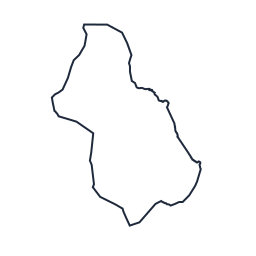 Jinst, Bayanhongor, Mongolia, rotated 107°
{"feature_id": "93677404B67702711432193", "entity_name": "Jinst", "entity_type": "district", "adm_level": 2, "iso_a3": "MNG", "parent_name": "Mongolia", "parent_adm1": "Bayanhongor", "projection": "orthographic", "projection_center": [100.256, 45.421], "detail": "fine", "context": "isolated", "style": "outline", "palette": "slate", "viewbox_px": 256, "rotation_deg": 107, "n_neighbors": 0, "source": "geoboundaries", "source_scale": "gbopen_adm2", "svg_char_len": 3435}
<svg xmlns="http://www.w3.org/2000/svg" viewBox="0 0 256 256"><g transform="rotate(107 128 128)"><path d="M35.2,178.2L41.9,200.2L45.4,200.0L50.5,195.0L58.4,194.0L62.3,193.6L67.5,194.9L72.4,196.0L79.0,199.7L85.9,200.2L90.0,200.2L97.7,200.1L110.4,201.8L114.4,204.8L117.1,207.6L121.1,209.7L125.7,207.4L130.6,204.7L133.2,203.3L133.3,203.0L133.4,202.2L134.2,201.5L134.4,200.9L134.7,200.4L135.2,199.8L135.4,199.4L136.0,198.9L136.5,198.2L137.1,197.8L137.0,186.4L137.0,179.1L143.2,159.7L162.1,156.0L170.3,154.9L173.8,152.0L191.5,144.2L191.9,144.1L192.2,144.1L192.4,144.1L192.8,144.2L193.1,144.3L193.6,144.2L193.9,144.2L194.3,144.3L194.6,144.2L194.8,144.1L195.0,144.2L202.0,134.5L204.8,117.5L206.7,109.6L209.3,107.9L214.1,103.8L220.8,97.8L214.9,89.5L192.5,79.5L188.1,74.9L188.6,74.2L188.5,73.5L188.5,73.2L188.8,72.8L188.8,72.6L188.8,72.4L188.7,72.0L188.8,71.8L189.0,71.5L189.1,71.3L189.1,71.0L189.1,70.8L189.0,70.5L188.9,70.3L188.8,69.9L188.8,69.7L189.0,69.3L189.2,69.1L189.4,68.8L189.5,68.4L189.4,68.1L189.3,67.7L189.2,67.1L189.2,66.5L189.2,66.2L189.2,65.8L189.4,65.3L189.6,64.9L189.7,64.7L189.6,64.4L186.9,60.9L183.9,57.6L182.8,54.1L174.6,49.8L163.9,46.9L159.0,46.3L146.5,46.4L145.9,46.5L145.3,47.0L144.8,47.4L143.8,47.9L142.9,48.5L142.3,48.8L141.9,48.9L141.4,48.6L140.8,48.5L140.3,48.7L139.7,48.9L139.5,49.3L139.3,50.1L139.3,50.6L139.5,50.9L140.0,51.0L140.2,51.3L140.7,51.7L140.9,52.1L140.8,52.7L140.3,53.2L140.2,53.4L140.2,53.9L140.3,54.4L140.3,54.6L139.9,54.7L139.8,55.0L139.7,55.5L139.7,55.8L139.5,56.1L139.6,56.4L139.4,56.6L139.3,56.8L139.3,57.1L139.2,57.1L139.0,57.3L138.9,57.5L138.7,57.8L138.6,58.1L138.4,58.2L138.3,58.3L138.2,58.4L138.0,58.8L137.8,58.9L137.5,59.3L137.4,59.2L137.2,59.5L136.7,60.0L136.3,60.4L135.6,61.3L135.2,62.0L134.8,62.3L134.3,62.8L122.7,77.1L122.3,77.3L122.2,77.4L122.2,77.9L122.0,78.1L121.5,78.3L121.1,78.2L120.8,78.2L120.4,78.4L120.1,78.6L119.9,78.9L119.5,79.0L119.3,79.1L118.7,79.6L118.5,79.8L118.4,80.0L118.3,80.4L118.1,80.7L117.8,80.8L117.6,80.9L117.5,81.2L117.1,81.6L116.2,82.2L115.4,82.4L114.7,82.7L114.1,83.0L113.8,83.1L113.5,83.4L112.9,83.4L112.5,83.8L112.1,83.9L111.9,84.0L111.6,84.3L111.4,84.4L111.0,84.6L110.5,84.7L110.0,85.0L96.8,96.8L96.3,96.6L92.3,96.4L92.2,96.7L92.0,96.9L91.7,97.2L91.5,97.4L91.3,97.7L91.1,97.9L91.1,98.1L90.9,98.4L90.8,98.6L90.8,98.9L90.7,99.3L90.6,99.6L90.6,99.9L90.7,100.1L90.9,100.3L91.0,100.4L91.0,100.7L91.1,101.0L91.3,101.2L91.5,101.4L91.9,101.6L92.4,101.8L92.6,101.9L92.7,102.1L92.6,102.4L92.7,102.5L92.9,102.6L92.9,102.8L92.7,102.9L92.4,103.2L92.3,103.5L92.2,103.8L92.3,104.1L92.6,104.5L92.7,105.3L92.7,105.9L92.6,106.6L92.2,107.0L91.5,107.4L90.7,108.1L90.3,108.3L89.7,108.8L89.4,109.3L89.1,109.9L88.8,110.4L88.5,111.2L88.2,112.1L88.0,112.3L87.6,112.7L87.3,112.8L86.9,112.9L86.4,112.8L85.7,115.7L85.3,115.8L85.0,116.0L84.7,115.9L84.6,116.0L84.6,116.4L84.8,116.8L84.7,117.0L84.8,117.5L85.0,117.7L85.3,117.7L85.5,117.9L85.4,118.3L85.4,118.5L85.0,118.4L84.7,118.4L84.5,118.6L84.3,118.8L84.4,119.1L84.5,119.5L84.6,119.8L84.8,120.4L85.0,121.0L85.2,121.4L85.5,121.9L85.7,122.6L85.8,123.3L85.8,123.8L85.7,124.4L85.7,125.0L85.6,125.6L85.6,126.1L85.6,126.4L85.8,127.1L86.1,127.7L86.3,128.1L86.7,128.9L86.7,129.7L86.8,130.5L86.6,131.4L86.4,131.7L86.1,132.0L85.8,132.3L85.4,132.5L85.0,132.9L84.5,133.2L83.9,133.7L82.9,134.5L81.9,138.1L73.5,142.6L68.3,144.2L65.7,146.0L61.1,146.1L57.3,146.0L47.1,153.6L38.5,161.6L35.2,178.2Z" fill="none" stroke="#1e293b" stroke-width="2"/></g></svg>